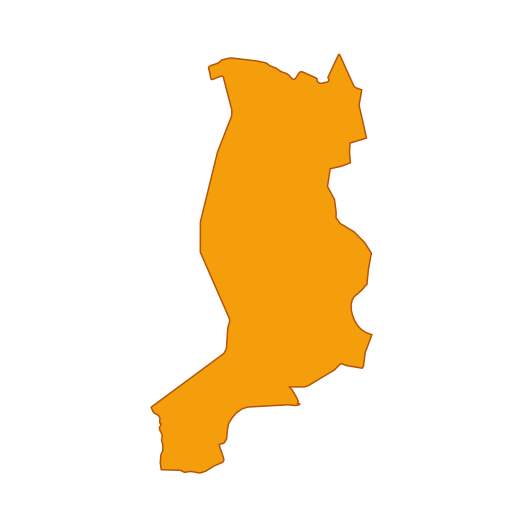 map outline of Sila (orthographic projection), rotated 77°
{"feature_id": "TCD-5582", "entity_name": "Sila", "entity_type": "Prefecture", "adm_level": 1, "iso_a3": "TCD", "parent_name": "Chad", "parent_adm1": "", "projection": "orthographic", "projection_center": [21.327, 12.006], "detail": "fine", "context": "isolated", "style": "filled", "palette": "amber", "viewbox_px": 512, "rotation_deg": 77, "n_neighbors": 0, "source": "natural_earth", "source_scale": "10m", "svg_char_len": 2472}
<svg xmlns="http://www.w3.org/2000/svg" viewBox="0 0 512 512"><g transform="rotate(77 256 256)"><path d="M404.1,388.9L401.4,388.7L398.5,386.1L397.3,387.2L395.8,387.1L394.0,386.5L391.9,386.1L390.3,386.5L389.0,387.3L386.7,390.0L385.2,391.0L383.2,391.6L379.8,392.2L379.7,392.1L343.8,309.4L341.9,307.5L339.1,305.5L319.7,299.7L314.7,296.8L312.8,296.1L310.6,296.1L239.7,309.4L210.2,302.5L145.9,270.0L114.5,248.5L111.8,247.5L108.1,246.7L75.0,247.6L73.7,247.9L73.2,248.6L73.0,249.4L73.0,251.1L74.2,258.4L74.2,259.1L73.9,259.7L73.3,260.0L72.4,260.1L66.6,259.8L63.2,260.0L62.1,259.9L61.4,259.6L60.7,258.7L60.3,257.4L59.6,250.4L59.1,248.6L57.3,245.4L57.2,238.1L57.5,235.5L65.8,212.2L69.6,203.9L70.2,202.9L71.0,201.9L71.5,201.5L72.0,201.1L72.5,200.8L73.3,200.1L74.2,199.0L77.2,194.6L81.9,190.2L85.0,185.4L85.9,184.4L86.8,183.6L87.3,183.2L87.8,182.9L89.8,182.0L91.8,180.5L92.3,179.8L92.5,179.2L92.4,178.8L92.2,178.2L91.5,177.2L87.5,173.1L86.8,172.1L86.6,171.3L86.6,170.3L87.4,168.8L96.0,157.4L96.6,156.9L97.3,156.7L98.0,156.9L98.7,157.0L99.6,156.9L100.6,156.5L101.9,154.9L102.4,153.8L102.6,152.8L102.4,149.9L102.6,148.1L102.4,147.0L102.1,146.3L101.7,145.8L101.2,145.5L100.8,145.2L100.2,145.3L99.0,145.7L98.4,145.8L97.8,145.5L79.4,131.1L78.4,130.2L78.2,129.6L79.1,129.1L111.6,122.6L112.9,122.2L113.5,121.8L114.5,120.9L117.9,115.6L132.4,121.7L146.6,121.7L165.9,121.8L167.1,139.0L176.1,141.6L186.4,143.0L187.7,152.2L187.7,164.1L204.4,170.7L218.6,166.8L231.5,168.1L236.7,169.4L243.1,166.8L254.7,154.9L267.6,147.0L279.2,143.0L294.7,149.6L308.9,154.4L309.4,155.9L312.8,160.2L317.8,169.6L320.4,172.1L324.9,174.3L330.1,175.3L335.4,175.3L340.4,174.6L346.3,172.8L351.1,170.1L355.2,166.2L358.8,160.8L374.6,171.3L387.6,176.1L389.2,177.8L383.0,192.7L380.1,197.0L380.4,198.5L384.6,205.1L394.0,234.0L394.3,235.5L394.4,237.1L394.3,238.7L391.1,252.9L391.9,252.6L392.7,252.2L394.1,251.1L402.3,248.5L407.2,247.5L408.9,248.6L410.0,246.7L410.6,247.3L410.8,249.3L410.4,251.6L408.2,258.2L401.3,298.1L401.9,304.3L404.5,310.4L408.4,315.8L412.9,320.2L417.3,322.3L427.5,325.8L430.8,328.8L431.2,330.0L431.2,333.9L432.5,334.4L444.6,333.1L447.5,333.1L449.4,334.7L451.1,343.9L454.4,353.5L454.5,355.1L454.8,358.9L454.2,361.2L452.1,365.8L451.3,368.1L450.9,370.7L450.9,373.3L450.5,374.7L448.5,376.9L447.7,378.2L442.9,396.4L435.9,395.8L428.1,393.3L424.9,390.7L420.2,389.5L419.0,389.3L414.5,389.5L413.3,389.2L410.8,388.1L409.8,387.7L406.8,388.1L404.1,388.9Z" fill="#f59e0b" stroke="#b45309" stroke-width="1.5"/></g></svg>